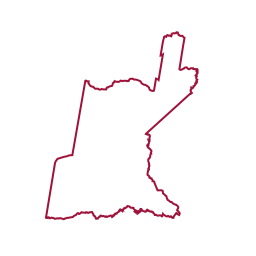 Pimenta Bueno, Rondônia, Brazil, rotated 100°
{"feature_id": "56859067B24271641905673", "entity_name": "Pimenta Bueno", "entity_type": "district", "adm_level": 2, "iso_a3": "BRA", "parent_name": "Brazil", "parent_adm1": "Rondônia", "projection": "orthographic", "projection_center": [-60.823, -11.862], "detail": "fine", "context": "isolated", "style": "outline", "palette": "rose", "viewbox_px": 256, "rotation_deg": 100, "n_neighbors": 0, "source": "geoboundaries", "source_scale": "gbopen_adm2", "svg_char_len": 5802}
<svg xmlns="http://www.w3.org/2000/svg" viewBox="0 0 256 256"><g transform="rotate(100 128 128)"><path d="M29.4,88.0L28.9,89.1L27.8,90.4L28.2,92.2L28.0,92.8L27.9,93.3L27.6,93.7L27.7,94.2L25.3,95.6L25.2,96.4L25.5,97.0L26.3,97.2L26.3,97.7L26.8,98.6L26.7,99.5L27.3,100.9L28.1,101.4L28.6,101.3L29.3,101.1L30.2,101.4L30.0,102.1L29.8,102.5L29.7,103.1L30.1,103.8L29.6,105.1L29.9,105.6L30.4,106.1L31.0,106.0L31.6,106.2L31.4,107.7L31.9,108.2L37.2,108.6L51.0,108.5L50.6,107.5L49.5,106.4L75.4,106.2L75.0,106.8L74.5,109.0L85.8,108.9L86.9,109.1L87.0,109.7L87.2,110.2L87.2,110.8L87.2,111.3L86.7,113.0L86.3,113.5L84.8,114.2L84.3,114.6L83.7,115.5L82.6,118.2L82.5,120.1L82.0,121.6L81.4,122.5L80.0,123.7L79.6,124.7L79.0,127.7L79.0,129.4L79.2,130.1L79.2,130.8L78.6,131.9L78.9,132.6L79.1,134.1L79.4,134.6L80.1,135.1L81.6,135.5L81.5,136.2L81.9,136.5L81.9,137.0L82.0,137.5L81.9,138.2L81.9,138.8L82.3,140.4L82.8,141.7L82.6,142.3L82.6,143.4L83.6,144.3L84.3,145.5L84.3,146.8L84.5,147.7L84.4,148.4L84.6,148.9L84.2,149.3L84.6,149.6L85.5,149.6L86.2,150.5L86.6,150.7L88.9,150.8L89.4,151.2L89.8,152.6L90.3,153.2L91.0,154.5L91.5,154.8L91.9,155.9L93.4,156.1L93.9,156.3L94.0,157.5L94.3,159.5L94.2,160.8L94.7,161.4L95.1,162.4L95.1,163.2L94.7,164.0L94.5,164.8L95.0,166.7L95.0,167.3L94.8,167.7L94.0,168.5L93.4,169.7L93.6,170.4L93.3,171.2L93.2,172.1L92.2,173.4L91.5,173.8L90.8,174.7L88.9,174.8L89.0,175.8L89.2,176.5L88.7,177.2L88.6,177.7L88.9,178.2L97.1,178.2L164.4,178.1L165.1,181.0L166.6,183.6L167.4,185.8L170.1,191.1L170.8,192.2L173.6,193.5L175.2,193.8L230.6,193.2L230.8,192.5L230.7,192.0L229.9,191.6L229.7,190.7L229.9,190.1L230.5,189.9L230.3,188.8L229.5,187.7L229.7,187.0L229.6,185.5L230.1,184.6L230.0,184.0L229.9,183.4L229.4,182.4L229.1,181.3L229.2,180.4L228.7,179.8L228.6,179.0L228.6,178.2L228.8,177.4L228.7,176.8L229.0,175.7L228.7,175.0L228.1,174.4L228.0,173.9L227.1,172.7L226.9,171.9L226.9,171.0L226.1,169.7L225.8,168.3L225.2,166.8L224.0,166.0L223.1,164.8L222.7,164.1L222.0,163.8L220.9,163.1L220.5,162.5L221.2,161.3L220.9,160.7L219.5,159.6L219.0,159.0L219.2,158.5L219.1,158.0L219.2,157.5L218.9,155.8L218.5,155.1L218.8,154.8L218.2,154.1L218.2,153.4L218.5,153.0L218.5,152.2L218.2,151.8L217.7,151.4L217.4,149.8L217.1,149.3L217.0,148.7L218.1,148.0L218.7,147.3L220.0,146.8L220.1,146.1L220.6,145.8L220.9,144.9L222.2,144.3L222.9,143.6L222.4,143.0L222.5,142.0L222.0,141.9L220.8,141.2L220.3,140.3L219.2,140.1L219.0,139.7L219.0,139.2L219.4,138.0L219.1,137.6L218.9,136.6L219.3,135.8L219.4,134.4L218.9,134.4L218.8,133.6L219.0,132.8L218.1,131.6L218.0,131.0L217.2,129.9L217.2,129.3L217.4,128.8L218.4,128.2L216.8,126.7L216.2,127.1L215.7,126.4L214.4,125.7L214.4,125.2L214.9,125.2L214.5,124.7L214.2,124.2L213.7,124.2L212.1,122.7L211.8,122.2L211.2,121.8L210.7,122.3L209.8,121.9L209.5,121.4L210.6,119.5L210.1,119.6L210.1,119.0L209.7,119.4L209.1,119.0L208.8,118.5L208.3,117.9L207.7,117.9L207.4,116.8L206.9,116.7L206.8,116.2L206.3,115.5L205.4,115.3L204.9,114.8L205.0,114.2L205.0,112.9L205.4,112.6L206.0,111.7L206.0,110.9L205.8,110.4L205.7,108.9L206.3,108.9L207.5,107.1L207.7,106.4L208.7,106.6L209.1,107.0L209.8,106.0L209.4,105.7L208.2,105.6L208.1,104.9L208.4,104.1L210.2,104.3L210.8,103.9L210.2,103.2L209.7,102.9L209.1,103.1L208.1,102.9L208.6,101.8L207.5,100.9L206.9,101.1L206.5,101.8L206.0,101.9L205.6,101.6L205.4,101.1L205.6,100.6L206.9,99.6L207.0,99.1L207.2,98.6L207.1,98.0L207.5,96.7L207.2,95.8L205.9,95.5L205.1,95.0L205.3,94.2L205.7,93.4L206.1,93.7L206.1,93.1L206.5,91.3L206.1,90.7L206.5,90.1L206.2,89.5L206.6,88.7L207.2,88.5L207.7,87.8L207.8,87.2L209.0,86.5L208.7,85.3L209.2,83.5L209.1,82.9L208.8,82.5L208.6,82.0L208.4,80.4L209.1,79.5L209.0,79.0L208.1,79.2L207.3,78.6L206.6,78.6L207.1,78.1L207.4,77.0L208.0,76.0L208.4,74.6L208.1,73.6L207.6,73.3L208.3,71.4L208.0,71.0L208.0,70.5L207.6,70.3L208.3,69.6L208.8,68.5L208.5,67.6L207.4,67.8L206.9,67.4L206.0,67.0L204.9,66.4L203.8,66.0L203.4,65.5L203.9,65.2L203.8,64.6L204.3,64.1L204.8,62.5L203.1,62.2L202.4,62.7L202.0,63.4L201.4,63.8L200.8,65.0L200.3,65.4L197.9,64.6L197.0,64.8L195.9,66.0L195.5,67.0L195.2,67.3L195.2,68.2L194.7,70.2L193.6,71.8L193.3,72.3L193.5,73.3L193.1,73.9L192.1,75.7L191.9,76.5L191.5,76.7L190.7,77.4L188.4,78.4L188.1,79.3L187.1,80.6L186.4,82.1L183.9,82.9L183.5,84.5L184.2,87.5L184.2,88.1L178.4,91.8L177.9,92.2L176.6,92.6L176.2,92.9L176.1,94.6L175.1,94.7L174.5,95.2L174.1,96.0L173.5,96.2L173.7,96.8L173.1,98.3L172.6,98.1L171.8,98.8L171.2,99.7L171.0,100.4L169.7,100.9L168.5,100.8L167.9,100.9L167.2,100.7L166.1,100.9L165.5,100.2L164.7,100.2L164.2,100.9L163.6,100.6L163.1,100.5L162.1,100.6L161.3,100.3L160.1,101.2L159.4,101.0L157.3,102.2L156.3,102.5L155.4,102.6L155.0,102.2L154.4,102.2L154.1,101.8L153.1,101.2L151.6,101.2L150.4,101.4L149.7,101.2L149.3,100.6L148.1,101.2L147.7,101.0L147.0,100.9L146.1,101.1L145.7,101.9L145.2,102.2L144.5,103.5L144.2,104.0L143.5,104.5L143.6,105.1L142.4,105.8L141.9,105.4L141.7,106.0L141.0,105.8L141.1,104.9L139.7,104.9L138.3,104.7L137.7,104.9L137.2,104.5L136.7,104.7L136.9,105.4L135.9,106.0L135.8,105.3L135.6,104.8L133.6,105.2L132.2,105.0L131.7,105.3L131.2,105.5L131.0,106.1L131.1,106.9L130.6,107.3L130.3,108.4L131.0,108.5L130.8,109.3L130.2,109.0L86.5,75.1L83.8,73.0L83.7,72.4L82.4,71.2L81.7,72.2L81.2,72.6L80.5,72.6L80.0,72.9L79.2,72.9L78.9,72.5L78.2,72.3L77.7,72.5L77.6,71.9L77.1,72.2L77.2,71.1L76.2,70.6L75.3,70.7L75.1,70.0L74.6,69.7L73.1,69.2L72.6,69.4L72.4,68.8L71.5,69.0L71.6,68.3L70.5,68.0L70.0,68.2L69.4,68.8L68.9,68.7L68.4,68.2L67.6,69.2L66.2,69.7L65.2,69.2L64.8,69.6L64.6,70.5L64.0,70.2L63.4,69.5L62.4,69.7L62.0,69.1L60.6,69.2L60.5,70.3L60.0,70.6L58.9,69.5L58.4,69.7L58.0,70.1L58.2,70.8L58.3,71.6L58.3,72.4L58.6,73.0L58.5,74.1L57.9,74.3L58.3,76.7L59.5,77.9L59.5,78.6L59.0,79.6L58.2,80.5L58.2,81.2L58.4,81.9L59.0,82.9L59.7,83.2L60.4,84.3L61.4,85.6L61.7,86.6L61.1,87.6L37.2,88.0L29.4,88.0Z" fill="none" stroke="#9f1239" stroke-width="2"/></g></svg>